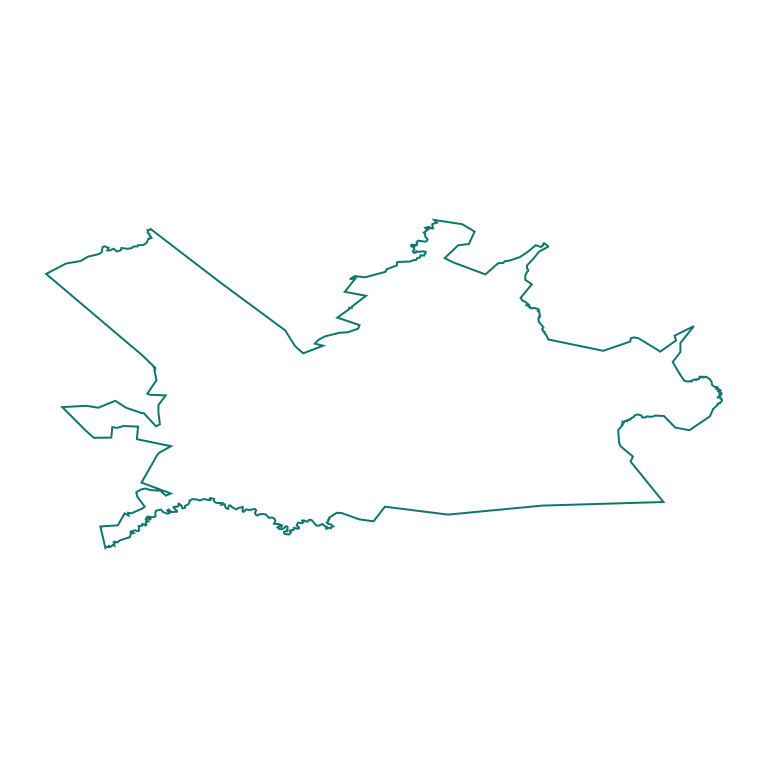 Variņu pag., Smiltenes, Latvia
{"feature_id": "27541924B26763457463148", "entity_name": "Variņu pag.", "entity_type": "district", "adm_level": 2, "iso_a3": "LVA", "parent_name": "Latvia", "parent_adm1": "Smiltenes", "projection": "equal_earth", "projection_center": [26.157, 57.319], "detail": "fine", "context": "isolated", "style": "outline", "palette": "teal", "viewbox_px": 768, "rotation_deg": 0, "n_neighbors": 0, "source": "geoboundaries", "source_scale": "gbopen_adm2", "svg_char_len": 6105}
<svg xmlns="http://www.w3.org/2000/svg" viewBox="0 0 768 768"><path d="M693.9,326.1L674.6,335.7L676.1,340.4L660.3,351.6L638.6,338.3L634.4,337.4L630.9,338.2L630.2,341.6L603.2,350.8L548.4,339.5L546.5,335.6L544.6,333.2L544.8,332.2L543.3,331.5L543.4,330.8L542.1,329.4L543.4,327.3L539.0,322.1L538.3,318.4L539.4,317.7L539.7,317.0L539.1,316.5L540.1,315.5L539.3,313.6L539.4,312.2L538.0,311.0L538.9,310.5L538.4,309.1L534.0,307.9L531.7,308.3L529.7,307.6L529.9,306.8L528.6,306.5L529.0,305.2L526.4,305.2L527.2,303.9L527.8,303.9L525.3,301.7L522.6,300.9L520.6,297.9L531.8,284.3L525.3,279.8L525.3,275.2L527.4,271.4L528.1,271.0L528.2,269.8L527.0,268.2L527.0,265.8L527.5,264.9L534.2,257.8L538.8,251.8L548.0,246.8L548.1,246.2L544.0,243.1L543.2,243.7L543.1,245.4L540.9,247.0L535.8,245.2L527.8,251.8L519.9,257.1L509.4,260.6L504.8,261.2L503.3,262.9L498.2,263.2L485.4,274.4L453.5,262.5L444.7,258.1L458.2,245.3L468.9,244.0L474.6,231.6L462.2,224.2L434.2,220.0L436.9,222.7L432.4,224.0L432.2,225.1L433.2,228.3L432.1,228.6L428.9,226.9L425.2,227.9L425.8,228.6L428.6,229.1L423.8,232.6L425.3,233.8L425.2,236.5L427.6,239.2L426.8,241.0L425.1,241.7L418.3,240.7L417.6,240.9L417.2,242.5L416.6,242.6L417.0,244.5L416.7,245.2L411.9,244.7L411.0,245.5L411.5,246.6L414.5,246.6L413.7,247.8L414.4,249.1L412.9,251.4L413.7,252.6L415.7,252.7L415.7,251.6L416.4,251.2L418.6,251.9L422.4,251.3L425.5,251.6L425.9,252.9L424.7,253.8L424.1,255.6L420.4,255.4L419.8,257.7L417.4,258.0L416.1,260.0L413.4,260.1L410.4,261.5L397.5,262.0L397.1,262.3L396.9,265.4L386.8,269.2L385.3,271.9L365.0,277.3L354.9,276.1L349.8,279.1L355.4,278.4L344.8,291.8L366.0,295.8L352.1,306.4L351.9,307.8L349.2,307.8L349.1,309.2L337.3,317.6L359.5,325.1L358.1,328.6L347.7,332.3L339.9,332.7L325.4,336.2L318.5,339.8L314.8,343.6L323.0,345.7L303.3,353.3L296.6,347.6L294.5,345.3L285.2,330.4L219.8,282.1L150.6,229.0L150.0,229.7L147.6,230.0L148.0,231.3L147.7,232.8L149.4,233.9L149.2,235.1L150.8,236.6L150.3,237.6L151.1,238.0L149.6,238.7L148.4,238.6L146.6,242.8L143.6,244.9L137.8,245.4L137.2,246.5L134.0,246.4L131.5,248.1L127.8,248.8L121.4,248.0L120.8,250.2L116.9,251.5L113.5,248.7L109.8,250.5L107.3,250.4L108.7,248.0L104.5,246.2L102.6,247.2L101.8,252.1L98.9,254.1L87.8,256.7L80.6,261.0L66.1,263.5L46.1,273.9L141.9,355.0L154.9,367.5L154.0,367.9L155.3,369.4L154.4,370.3L156.5,380.1L147.3,393.7L150.4,394.8L165.7,395.4L158.5,405.0L158.4,412.5L159.9,424.2L156.0,426.4L143.8,413.1L141.5,413.0L126.2,407.8L115.3,400.8L98.2,407.7L86.3,405.8L62.3,407.1L85.6,430.5L93.8,437.8L111.3,437.6L112.3,427.1L117.3,427.9L123.3,426.0L138.0,426.6L136.9,439.2L170.9,446.2L159.4,452.6L157.2,455.0L141.5,482.6L170.8,493.5L165.8,495.6L160.4,490.7L150.6,490.1L145.7,488.5L140.9,489.5L136.3,492.2L137.2,496.5L144.7,506.7L142.3,508.5L131.5,513.3L128.1,512.8L128.6,515.5L124.6,513.4L117.9,525.3L100.4,526.5L105.4,548.0L106.9,546.8L108.0,547.1L108.8,545.9L109.1,545.9L109.1,546.8L110.3,547.0L112.8,545.0L114.2,545.6L113.7,544.6L114.7,543.8L114.0,542.8L114.7,542.3L114.3,542.0L115.4,541.7L117.4,542.4L120.1,540.3L129.8,537.1L130.9,533.7L133.6,533.1L132.8,532.6L130.9,532.7L130.5,532.4L130.6,531.6L134.4,530.4L138.6,531.1L139.0,530.2L138.8,526.1L141.8,525.8L142.4,524.0L145.7,525.5L146.5,524.5L145.6,523.2L146.0,521.7L148.1,521.5L145.7,519.4L146.0,518.5L147.7,518.3L149.7,519.6L150.4,519.3L150.5,518.3L147.3,517.1L147.3,516.6L152.7,517.2L155.2,516.6L155.6,516.1L155.3,513.6L155.9,510.8L160.9,509.5L162.9,511.9L166.7,513.5L168.5,513.6L169.6,512.9L167.3,510.4L168.6,509.5L171.6,512.0L176.9,511.7L177.0,510.9L173.5,507.7L173.7,507.0L178.2,506.4L178.9,505.4L178.4,504.0L178.9,503.6L181.8,506.0L182.0,507.8L182.7,508.4L185.0,507.8L185.0,506.0L188.4,504.2L189.4,502.4L189.6,500.4L192.9,499.1L197.9,499.7L199.7,500.5L203.7,499.0L209.2,500.2L210.3,499.9L209.7,498.8L210.1,498.1L213.2,498.6L214.1,499.1L213.7,500.2L214.9,502.2L216.7,502.9L222.4,503.2L221.4,504.7L224.7,504.3L225.6,507.6L227.3,508.7L228.1,508.8L229.0,505.5L230.4,505.5L232.6,507.5L236.2,509.4L238.7,507.9L242.6,506.9L242.9,507.7L242.5,511.1L243.2,511.8L244.3,511.5L245.9,509.4L249.4,510.0L254.7,508.9L256.2,510.3L254.9,513.0L256.3,515.2L257.5,515.5L259.5,514.3L261.5,514.0L264.9,514.3L266.0,514.5L268.9,517.8L272.1,517.5L273.6,518.1L275.0,519.6L275.3,521.0L274.0,523.7L279.1,524.2L282.0,525.3L281.4,526.9L278.9,526.3L277.5,527.4L279.5,529.2L281.7,529.2L284.5,527.8L285.3,526.3L287.3,526.5L287.7,527.8L287.1,529.5L287.4,531.1L284.1,531.6L284.3,533.4L285.0,534.0L289.0,534.5L291.0,532.3L289.9,530.5L293.6,529.8L294.0,527.8L298.0,528.8L298.9,528.3L299.0,527.5L296.6,525.3L298.0,522.7L302.5,523.0L303.5,522.1L302.3,520.6L303.9,520.4L307.4,521.7L308.5,520.9L309.0,519.8L310.8,519.9L312.0,520.5L316.2,525.5L318.5,525.7L322.3,524.0L325.5,526.6L326.7,526.7L326.8,527.5L326.2,528.5L327.7,528.6L328.6,527.8L330.9,528.2L330.9,527.4L333.3,526.4L331.2,524.6L328.4,523.9L326.7,522.7L328.2,521.6L328.0,520.0L329.3,519.4L329.1,517.9L329.6,517.4L336.7,512.8L341.8,513.1L359.4,519.4L373.6,521.3L384.9,506.7L448.0,514.6L542.3,505.6L663.4,502.0L630.6,461.6L632.9,456.5L620.7,446.4L619.1,442.8L618.2,430.1L622.7,424.9L621.9,424.2L622.8,423.3L622.6,422.7L623.4,422.5L623.0,421.8L624.1,422.1L624.1,421.6L625.9,420.7L627.0,421.1L626.9,420.5L627.8,419.9L629.3,420.0L629.2,419.5L631.2,418.7L631.2,418.1L633.9,416.9L634.2,415.9L635.6,415.0L637.8,414.4L641.5,415.6L642.3,417.3L643.4,417.6L645.7,417.3L646.6,416.4L652.1,416.8L654.9,415.6L663.9,416.0L675.3,427.6L689.4,430.2L709.8,416.5L713.1,409.1L718.1,404.4L717.8,403.8L718.3,403.3L720.0,403.1L720.6,402.0L721.8,401.3L721.9,399.5L720.7,398.7L721.0,398.2L718.7,397.4L717.0,397.7L720.2,395.9L719.6,394.8L721.5,394.4L721.4,393.1L720.7,392.3L719.6,392.7L719.2,392.5L719.4,391.8L718.5,391.4L719.3,390.8L718.5,390.3L720.1,390.0L717.8,388.3L716.4,388.5L717.2,387.2L714.6,386.9L712.1,384.9L711.5,381.7L710.0,379.4L706.2,376.7L704.7,377.3L702.9,376.8L703.0,377.4L702.4,377.5L700.1,376.6L699.7,376.9L700.0,377.2L699.6,378.3L698.2,379.3L697.7,378.9L696.1,380.1L695.6,379.4L692.9,380.0L691.5,381.5L690.8,380.9L688.7,381.6L685.0,381.0L684.2,380.6L679.0,372.9L672.7,362.0L680.4,352.0L680.4,343.0L693.9,326.1Z" fill="none" stroke="#0f766e" stroke-width="2"/></svg>